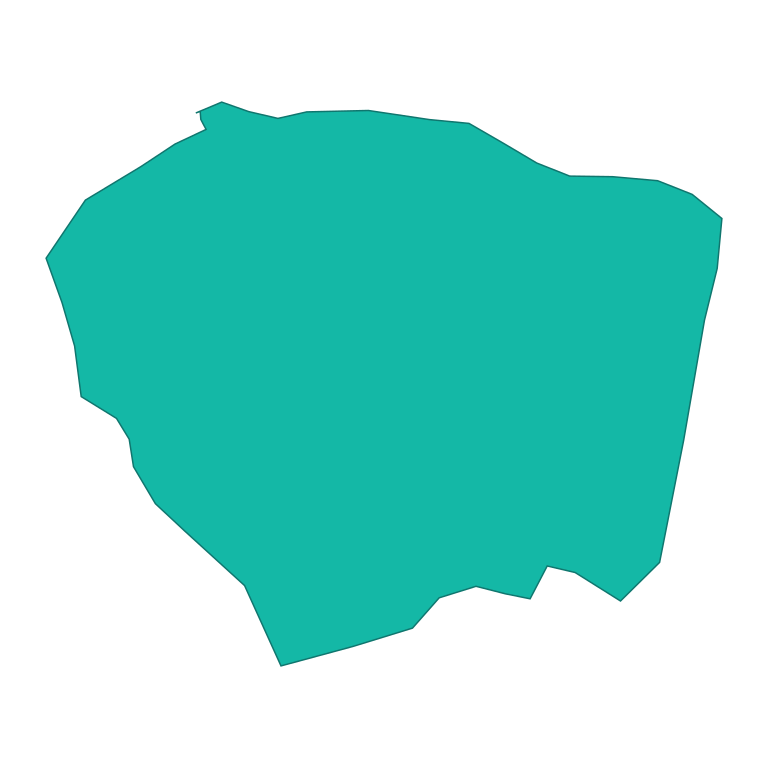 the border of Sánchez Ramírez
{"feature_id": "DOM-1395", "entity_name": "Sánchez Ramírez", "entity_type": "Province", "adm_level": 1, "iso_a3": "DOM", "parent_name": "Dominican Republic", "parent_adm1": "", "projection": "equal_earth", "projection_center": [-70.165, 19.005], "detail": "fine", "context": "isolated", "style": "filled", "palette": "teal", "viewbox_px": 768, "rotation_deg": 0, "n_neighbors": 0, "source": "natural_earth", "source_scale": "10m", "svg_char_len": 691}
<svg xmlns="http://www.w3.org/2000/svg" viewBox="0 0 768 768"><path d="M281.0,665.9L244.6,585.6L184.7,531.0L155.4,503.7L133.5,466.7L129.2,439.2L116.5,418.4L81.2,396.6L74.6,346.0L62.0,302.5L46.1,258.2L85.4,200.1L140.9,166.6L175.1,144.0L206.1,129.4L203.4,124.4L200.8,119.4L200.2,111.4L195.8,113.0L221.7,102.1L248.7,111.6L277.9,118.4L306.7,111.9L368.4,110.5L429.5,119.6L469.0,123.4L505.3,144.4L536.7,163.0L569.7,176.1L612.6,176.7L657.6,180.7L692.2,194.4L721.9,218.5L717.2,268.4L704.5,320.1L683.6,440.6L659.6,562.4L620.5,601.0L575.1,572.5L547.2,566.0L530.1,598.8L505.3,593.8L476.0,586.3L439.2,597.8L412.5,628.1L353.4,646.3L281.0,665.9Z" fill="#14b8a6" stroke="#0f766e" stroke-width="1.5"/></svg>